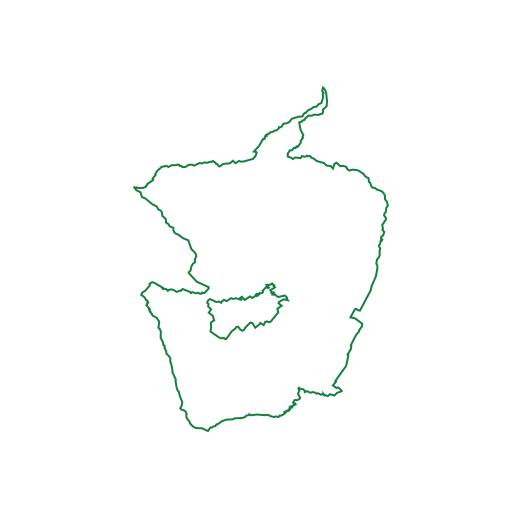 Kediri, Jawa Timur, Indonesia (Natural Earth projection), rotated 299°
{"feature_id": "22746128B82286187836997", "entity_name": "Kediri", "entity_type": "district", "adm_level": 2, "iso_a3": "IDN", "parent_name": "Indonesia", "parent_adm1": "Jawa Timur", "projection": "natural_earth1", "projection_center": [112.099, -7.802], "detail": "fine", "context": "isolated", "style": "outline", "palette": "green", "viewbox_px": 512, "rotation_deg": 299, "n_neighbors": 0, "source": "geoboundaries", "source_scale": "gbopen_adm2", "svg_char_len": 6142}
<svg xmlns="http://www.w3.org/2000/svg" viewBox="0 0 512 512"><g transform="rotate(299 256 256)"><path d="M368.0,341.5L371.5,339.3L373.2,336.2L373.5,333.8L372.7,329.6L373.2,327.2L372.3,324.8L372.6,323.5L375.3,320.4L375.7,318.8L378.8,316.5L378.4,314.9L378.9,312.1L379.9,310.5L380.4,303.6L378.4,298.7L375.9,296.0L376.4,293.2L377.7,292.0L377.1,288.4L375.4,286.2L376.6,281.0L374.4,280.0L369.8,280.9L370.9,277.6L369.3,274.0L370.3,270.5L368.5,263.1L369.2,259.2L368.8,256.6L369.5,255.6L369.6,254.5L368.4,253.1L368.5,252.0L367.7,251.9L366.4,250.4L365.7,247.8L363.2,247.5L361.2,242.5L358.7,241.3L359.0,238.8L358.4,235.6L360.9,234.1L365.0,234.5L365.8,236.1L369.0,236.8L369.4,238.1L371.5,238.4L371.4,239.5L376.7,240.2L378.4,239.3L382.0,239.8L382.5,239.0L384.6,238.8L388.1,233.7L393.8,229.0L395.7,230.9L397.0,230.9L398.5,232.4L399.9,232.3L404.2,233.9L405.9,236.9L407.8,238.2L409.7,242.4L411.3,243.3L412.5,244.9L414.3,244.9L416.6,243.6L421.1,245.2L426.0,243.0L433.3,237.8L435.6,234.3L435.7,232.9L432.3,233.9L431.2,236.1L430.1,235.9L426.8,237.9L421.4,239.0L419.2,237.2L416.1,236.5L414.1,234.1L411.6,233.1L408.7,230.9L405.5,230.2L404.7,229.3L403.0,228.8L400.6,229.0L398.4,225.6L393.4,220.8L389.3,220.2L386.8,218.4L385.0,215.8L381.8,215.8L379.9,214.5L379.8,213.6L378.7,214.0L376.0,213.3L374.9,211.6L372.5,210.4L371.3,208.7L368.4,207.7L367.9,206.8L366.5,206.1L366.1,207.0L365.1,206.0L362.9,206.7L361.8,206.1L361.8,205.4L353.6,205.3L346.3,203.5L347.1,205.7L346.9,206.4L343.8,207.1L339.6,206.4L333.0,199.7L331.4,197.6L330.9,195.1L327.2,193.0L328.1,189.6L324.5,188.3L320.5,182.6L316.8,181.0L316.5,180.0L317.6,177.0L317.2,176.5L318.1,174.6L318.2,172.2L316.9,171.7L316.3,170.4L313.7,167.9L312.8,165.4L310.7,163.8L309.9,161.5L304.9,157.9L304.9,155.7L303.1,153.0L299.4,150.9L298.1,148.5L298.5,147.0L297.8,145.4L298.5,144.4L298.0,143.3L296.6,142.0L294.5,138.2L291.4,136.2L291.4,134.0L288.2,130.3L282.4,128.3L278.9,128.2L278.3,128.9L273.5,128.0L272.9,129.1L272.4,129.1L266.2,126.0L265.8,126.4L263.7,125.7L263.0,126.1L261.1,124.5L258.5,120.5L258.0,118.2L257.1,118.1L257.3,115.5L255.6,119.2L255.7,124.1L252.2,127.8L252.7,131.0L251.0,140.4L251.2,145.0L249.4,148.0L249.5,150.9L248.6,152.5L245.7,154.6L244.6,159.2L241.7,160.9L241.5,163.7L240.1,166.2L240.6,170.1L238.2,171.4L236.7,174.0L237.0,178.4L236.2,183.6L236.9,189.2L230.8,196.0L229.0,201.9L226.9,203.9L223.5,204.2L221.2,205.7L218.7,204.6L215.8,204.5L211.3,205.8L209.1,205.1L208.4,205.6L204.8,216.6L205.8,229.6L204.6,230.4L199.1,229.0L197.8,227.8L197.9,226.6L196.4,226.3L195.8,225.3L195.8,223.2L194.2,221.6L193.6,217.9L192.0,216.9L192.6,216.1L191.6,207.8L189.1,207.2L189.0,206.4L186.2,204.1L186.3,200.1L185.7,198.1L183.9,195.8L182.8,195.8L183.5,193.7L182.7,191.2L182.1,191.0L182.4,189.8L183.0,189.9L183.3,180.2L182.7,177.8L180.0,176.4L179.0,177.4L172.2,176.1L168.7,174.2L166.4,174.5L165.9,178.2L164.0,181.7L164.3,182.4L163.0,184.3L161.9,183.7L161.6,184.2L159.8,184.0L158.0,188.8L157.2,188.5L156.3,190.5L155.8,190.3L154.6,193.6L153.8,194.1L153.8,199.0L151.6,203.3L146.0,205.4L145.3,207.6L143.6,209.5L138.3,212.2L135.1,216.9L133.3,217.9L133.1,219.8L131.5,220.3L129.1,223.7L127.3,224.8L125.9,229.2L124.9,230.7L121.8,232.4L121.1,233.6L115.9,238.1L113.8,239.3L109.0,245.8L108.0,246.0L102.5,250.3L100.5,252.5L99.8,254.4L97.4,256.4L92.4,262.4L89.3,263.5L86.1,263.6L85.5,265.5L86.1,267.8L85.7,270.1L84.1,272.0L82.4,272.4L80.6,274.1L78.7,278.5L77.6,279.4L76.3,283.5L76.4,286.9L79.2,292.5L79.6,298.8L84.0,299.3L84.7,300.8L86.1,301.2L87.7,303.0L89.6,303.0L90.4,304.1L95.5,306.6L99.2,310.3L101.6,314.5L103.7,316.1L107.5,322.3L109.8,324.5L111.7,324.9L113.2,326.7L114.3,326.8L114.2,328.8L117.8,333.6L120.8,340.4L123.0,343.6L123.0,346.5L124.0,350.1L125.2,350.9L126.1,353.7L127.9,354.1L128.1,354.9L130.8,356.9L132.5,357.5L132.0,356.6L132.9,357.2L133.3,356.5L136.2,358.5L135.9,359.2L137.0,359.8L137.7,359.3L138.2,359.9L139.5,359.1L139.4,360.0L140.2,360.2L141.3,359.2L142.0,360.1L141.6,361.0L143.0,360.9L145.4,362.6L146.0,361.8L145.4,360.6L145.7,359.5L148.7,359.6L150.0,362.0L152.2,363.4L153.5,363.3L155.7,359.6L159.1,359.2L160.7,357.3L161.5,357.5L161.2,358.2L162.3,362.3L161.6,364.2L160.7,364.7L162.5,366.2L162.8,369.9L164.5,371.6L165.2,374.1L164.9,375.6L166.0,376.8L166.3,380.4L167.6,381.2L167.4,382.3L168.0,381.9L167.6,382.8L168.3,386.8L170.9,387.6L172.1,392.3L175.5,393.2L179.3,396.5L179.8,396.1L180.9,391.5L179.5,390.3L180.1,386.0L185.0,386.9L185.1,386.0L203.7,388.1L214.0,384.9L214.1,383.9L220.7,384.1L223.7,382.9L223.8,382.2L235.6,381.8L240.1,382.8L241.0,382.2L245.2,382.8L248.2,381.9L248.3,381.2L249.5,373.0L248.2,368.4L257.3,368.3L258.2,368.9L258.1,371.6L258.6,373.4L281.7,373.0L285.2,371.8L296.4,370.7L304.1,368.1L306.6,366.7L307.4,365.2L308.7,364.4L311.9,363.6L314.5,364.2L317.3,363.6L319.7,361.9L322.6,361.1L324.6,358.4L326.8,358.7L330.1,357.6L330.3,358.6L331.6,358.5L332.2,356.7L333.7,356.2L335.6,357.2L339.2,356.6L340.2,353.8L341.5,353.8L344.2,351.4L351.0,351.9L352.2,351.3L353.7,348.3L355.6,347.7L357.6,348.2L361.3,346.6L364.2,346.8L367.1,344.0L368.0,341.5ZM193.7,235.6L196.1,236.7L196.5,243.5L198.1,245.5L198.3,248.3L199.3,248.1L202.2,249.3L202.2,252.1L207.1,254.7L207.3,256.7L209.4,259.1L210.4,264.1L210.8,264.4L211.4,262.5L213.6,263.5L212.1,267.5L217.8,270.4L217.5,273.1L221.2,275.0L221.5,276.2L222.4,276.1L222.5,274.7L223.4,275.1L223.2,275.9L224.8,276.9L224.1,277.3L225.2,277.6L226.3,279.1L227.9,279.6L228.8,278.7L233.8,280.0L233.7,282.0L234.6,282.6L235.8,279.3L238.0,282.6L239.8,283.4L239.0,286.3L238.2,286.0L237.6,287.8L233.0,285.1L231.9,287.7L230.2,287.1L232.7,288.9L232.3,290.0L230.5,289.6L231.3,291.1L230.9,295.3L235.4,300.4L234.6,303.5L233.3,303.4L232.8,305.0L231.3,300.9L227.1,298.5L225.5,298.7L225.0,302.6L220.3,300.2L217.4,302.8L205.8,300.7L204.5,299.7L203.9,296.8L202.9,296.0L199.3,296.2L199.5,292.2L198.5,292.4L192.9,290.1L195.5,285.8L195.1,283.3L188.7,281.5L185.5,281.3L184.0,280.4L184.2,277.5L185.5,274.7L184.4,273.1L182.7,273.2L178.6,271.3L168.9,270.2L168.4,268.7L168.7,267.7L167.4,265.9L166.8,263.2L167.9,252.8L171.5,251.5L175.3,249.1L176.5,249.0L179.5,250.6L182.8,247.0L183.5,242.2L187.6,242.6L188.7,238.6L190.9,237.8L191.5,235.9L193.7,235.6Z" fill="none" stroke="#15803d" stroke-width="2"/></g></svg>